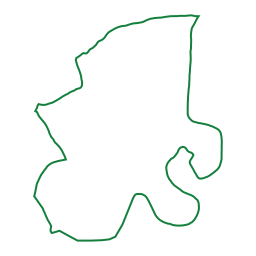 Al Abdiyah, Ma'rib, Yemen
{"feature_id": "15242507B67185133145675", "entity_name": "Al Abdiyah", "entity_type": "district", "adm_level": 2, "iso_a3": "YEM", "parent_name": "Yemen", "parent_adm1": "Ma'rib", "projection": "natural_earth1", "projection_center": [45.391, 14.717], "detail": "fine", "context": "isolated", "style": "outline", "palette": "green", "viewbox_px": 256, "rotation_deg": 0, "n_neighbors": 0, "source": "geoboundaries", "source_scale": "gbopen_adm2", "svg_char_len": 5715}
<svg xmlns="http://www.w3.org/2000/svg" viewBox="0 0 256 256"><path d="M175.4,225.4L176.4,225.5L177.9,225.6L178.2,225.6L179.8,225.6L181.5,225.5L183.6,225.3L185.4,225.0L187.3,224.5L188.9,224.1L190.2,223.1L192.1,222.1L194.2,220.0L195.1,218.6L196.6,216.1L198.1,212.6L198.5,210.8L198.9,208.9L198.9,207.0L198.8,204.9L198.7,203.7L198.6,203.0L198.1,201.3L197.2,199.8L196.0,198.8L194.8,197.6L193.6,196.6L192.2,195.7L190.6,194.9L189.1,194.4L187.7,193.8L186.9,193.6L185.6,192.9L184.4,192.5L182.9,191.7L181.4,190.6L180.1,189.5L178.7,188.5L177.3,187.5L175.9,186.5L174.5,185.5L173.2,184.2L171.8,182.6L170.8,181.0L169.6,179.6L168.6,177.8L167.8,176.1L167.2,174.3L166.9,172.5L166.6,170.7L166.3,168.8L166.3,166.7L166.9,164.9L167.7,163.0L168.9,161.3L169.8,160.5L170.8,159.1L172.3,158.2L173.8,157.3L174.9,156.0L176.1,154.5L177.1,153.1L178.0,151.5L178.6,149.8L179.8,148.2L180.8,147.5L182.5,146.9L184.2,147.1L185.6,148.0L186.7,149.5L187.7,151.0L189.2,152.0L190.8,152.5L192.5,153.5L193.4,155.0L192.6,156.7L191.7,158.2L190.7,159.7L189.8,161.3L189.9,163.5L190.7,165.0L191.7,166.7L192.8,168.5L193.8,170.4L194.8,172.3L195.8,173.9L196.8,175.7L197.8,177.3L199.3,178.5L200.6,178.6L201.0,178.6L202.6,178.4L204.2,177.9L205.8,177.3L207.5,176.7L209.1,175.8L210.6,174.8L212.3,173.6L213.7,172.5L214.4,172.0L215.2,171.3L216.7,170.0L217.5,169.3L218.0,168.7L219.1,167.2L219.9,165.5L220.5,163.5L221.0,161.7L221.5,159.5L221.6,157.3L221.6,155.3L221.6,153.4L221.6,151.5L221.7,150.7L221.7,149.3L221.7,148.9L221.7,147.4L221.7,145.2L221.8,143.1L221.8,141.1L221.6,138.7L221.5,136.8L221.1,134.9L220.7,132.9L219.8,131.3L219.1,130.5L218.6,129.9L217.1,128.8L215.6,128.0L213.9,127.2L212.3,126.4L210.6,125.9L208.9,125.2L207.3,124.7L205.6,124.3L203.8,123.9L202.2,123.6L200.3,123.2L198.6,123.0L196.9,122.5L195.3,122.1L193.4,121.6L192.0,120.8L190.6,119.5L189.3,118.0L188.4,116.6L188.3,116.3L187.7,114.5L187.7,112.6L187.7,110.6L187.7,108.4L187.7,106.4L187.8,104.4L187.8,102.3L187.9,100.5L188.0,98.4L188.1,96.2L188.1,95.9L188.3,93.9L188.4,92.0L188.6,90.1L188.8,88.0L189.1,86.2L189.2,83.7L189.3,81.9L189.4,80.0L189.5,77.5L189.5,75.4L189.7,73.3L189.9,71.1L190.0,69.0L190.2,66.5L190.4,63.9L190.6,61.8L190.7,59.4L190.7,56.9L190.6,54.5L190.5,52.4L190.6,50.5L191.0,48.4L191.0,46.2L191.1,44.3L191.1,42.4L191.2,40.3L191.1,38.4L190.9,36.6L190.9,34.8L191.1,32.7L191.4,30.9L191.6,29.1L192.3,27.3L193.2,25.8L194.1,24.3L195.0,22.6L196.0,20.6L196.8,19.0L197.8,17.4L198.6,16.2L198.1,16.2L196.5,16.2L194.8,16.1L193.3,15.7L191.6,15.4L189.7,15.4L188.0,15.6L186.0,15.8L184.4,15.9L182.7,15.9L181.0,15.9L179.2,15.9L177.3,16.1L175.4,16.1L173.9,16.1L173.6,16.1L173.4,16.1L173.2,16.1L171.9,16.2L170.3,16.2L168.3,16.5L166.5,16.7L164.6,17.0L162.9,17.3L161.0,17.6L159.0,17.7L157.3,17.8L155.6,18.0L154.1,18.1L152.4,18.5L150.7,18.7L149.0,19.3L147.2,19.9L145.6,20.7L144.1,21.4L142.6,22.1L141.5,22.3L141.1,22.4L139.4,22.7L137.7,23.0L136.1,23.2L134.4,23.3L132.6,23.6L131.0,24.0L129.3,24.5L127.7,25.1L126.0,25.6L124.3,25.9L122.7,26.0L121.1,26.3L119.3,26.8L117.7,27.3L116.0,28.1L114.5,28.8L113.1,29.6L111.4,30.6L109.9,31.5L108.4,32.5L107.3,33.8L106.2,35.2L105.2,36.7L104.1,38.1L102.8,39.3L101.3,40.2L99.8,40.8L98.3,41.6L97.2,43.0L96.3,44.5L95.1,45.8L93.6,47.2L92.1,48.3L90.5,49.0L89.2,50.3L88.1,51.9L86.8,53.2L85.2,53.5L83.5,53.1L82.1,53.8L81.5,54.4L80.7,55.1L79.5,56.0L79.3,56.1L77.7,57.2L76.3,58.0L75.8,59.9L76.2,61.7L76.7,63.4L77.3,65.5L78.1,67.4L78.7,69.1L79.4,70.8L80.0,72.5L80.6,74.4L81.1,76.3L81.3,78.2L81.6,80.0L82.1,81.8L82.1,83.8L81.9,85.7L81.0,87.3L79.5,88.3L77.8,88.7L76.3,89.1L74.9,90.2L73.3,90.9L71.7,91.5L70.2,92.2L68.8,93.1L67.4,94.1L65.8,94.7L64.1,95.7L62.5,96.5L61.1,97.6L59.6,98.5L58.1,99.5L56.5,100.4L54.9,101.3L53.3,102.2L51.8,102.8L50.1,103.3L48.5,103.8L46.9,104.4L45.2,104.8L43.5,104.9L41.8,104.8L40.2,104.5L38.7,104.1L37.6,105.5L37.2,107.3L36.5,108.9L35.6,110.5L35.3,111.2L36.9,111.9L37.7,113.5L38.5,115.3L39.5,116.9L40.7,118.3L41.9,119.9L43.1,121.2L44.2,122.6L45.4,124.2L46.3,125.8L47.3,127.7L48.1,129.5L48.9,131.3L49.4,133.2L50.3,134.9L51.0,136.6L52.2,138.1L53.4,139.4L54.2,141.3L55.3,142.7L56.7,144.0L58.0,145.4L59.2,146.6L60.3,148.1L61.5,149.9L62.4,151.5L63.2,153.3L64.1,155.0L64.9,156.8L65.9,159.5L58.9,160.9L57.1,161.3L55.3,161.9L53.7,162.3L52.0,163.0L50.0,164.1L49.8,164.3L49.6,164.5L49.2,164.7L48.7,165.1L48.3,165.4L48.0,165.8L47.7,165.9L47.5,166.2L47.3,166.4L47.0,166.8L46.8,167.0L46.6,167.3L46.4,167.6L46.3,167.9L46.0,168.2L45.7,168.6L45.3,169.2L44.8,169.7L44.6,170.1L44.3,170.4L44.0,170.8L43.8,171.1L43.5,171.5L43.4,171.8L43.1,172.1L42.9,172.4L42.8,172.5L42.6,172.8L42.2,173.3L41.9,173.9L41.7,174.2L41.4,174.5L41.2,174.8L40.8,175.5L40.6,175.8L40.5,176.2L40.2,176.7L40.0,177.1L39.8,177.6L39.6,178.0L39.3,178.5L39.1,179.0L38.9,179.4L38.6,179.9L38.5,180.3L38.3,180.8L38.2,181.2L38.0,181.5L37.8,181.9L37.6,182.2L37.4,182.5L37.2,183.0L37.1,183.5L36.9,183.8L36.7,184.6L36.6,185.3L36.5,185.6L36.4,186.1L36.3,186.6L36.2,187.1L36.1,187.8L35.9,188.6L35.8,189.3L35.7,189.7L35.6,190.3L35.5,190.9L35.3,191.5L35.3,191.9L35.1,192.5L35.0,193.2L34.8,193.7L34.7,194.3L34.6,194.8L34.4,195.4L34.3,196.1L34.2,196.2L42.9,208.6L43.1,209.2L43.7,210.9L44.6,212.7L45.3,214.4L46.0,216.1L46.8,217.8L47.5,219.5L48.6,221.3L49.5,222.9L50.4,224.4L51.2,226.3L50.6,229.2L50.6,230.3L50.6,231.1L51.7,233.0L52.6,232.8L58.8,231.0L59.5,230.8L71.7,237.5L73.5,238.4L77.5,240.6L77.8,240.6L80.1,240.6L89.7,240.6L90.8,240.6L102.1,240.2L106.3,239.7L109.5,239.3L115.4,236.7L116.1,235.4L122.4,224.7L133.0,198.4L134.5,195.6L135.4,194.7L136.4,194.1L138.4,193.9L140.3,194.0L141.9,194.1L145.1,195.8L146.7,197.6L148.7,201.1L152.0,207.8L155.7,215.5L157.9,218.2L159.8,219.9L160.2,220.2L163.7,222.2L168.1,223.7L169.8,223.8L171.3,224.4L172.9,225.0L174.6,225.3L175.4,225.4Z" fill="none" stroke="#15803d" stroke-width="2"/></svg>